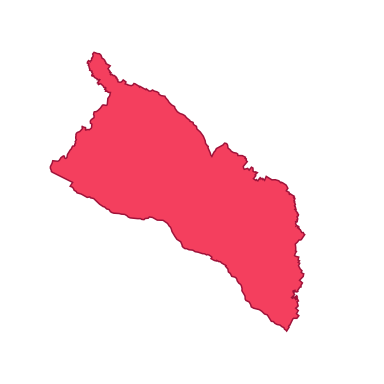 Don Chedi, Suphan Buri, Thailand, rotated 201°
{"feature_id": "78962969B69423303850724", "entity_name": "Don Chedi", "entity_type": "district", "adm_level": 2, "iso_a3": "THA", "parent_name": "Thailand", "parent_adm1": "Suphan Buri", "projection": "robinson", "projection_center": [99.955, 14.648], "detail": "fine", "context": "isolated", "style": "filled", "palette": "rose", "viewbox_px": 384, "rotation_deg": 201, "n_neighbors": 0, "source": "geoboundaries", "source_scale": "gbopen_adm2", "svg_char_len": 6015}
<svg xmlns="http://www.w3.org/2000/svg" viewBox="0 0 384 384"><g transform="rotate(201 192 192)"><path d="M240.4,145.7L233.0,147.7L230.6,148.7L229.2,148.4L226.9,149.0L226.2,150.5L223.5,151.8L222.9,153.4L219.8,154.1L214.4,153.3L208.9,155.2L203.6,153.9L200.7,151.8L199.7,151.6L198.2,150.2L196.5,147.9L191.9,144.3L189.1,142.4L184.7,141.5L181.9,138.6L181.9,138.1L180.4,137.1L178.2,136.6L176.6,137.2L174.2,137.0L170.4,138.0L167.7,137.4L164.7,138.0L160.0,138.2L158.2,138.8L155.8,138.5L155.0,139.2L153.4,139.3L150.3,138.5L150.1,138.0L150.4,136.6L146.6,136.1L144.3,136.4L144.3,137.0L142.0,136.6L140.5,137.1L138.8,136.3L133.8,135.5L134.0,134.6L130.9,133.0L129.4,130.4L127.0,129.7L124.7,127.5L121.5,127.9L120.1,127.6L119.0,126.8L118.0,125.3L115.7,123.7L113.7,123.2L112.5,122.4L110.7,119.9L110.0,117.7L105.7,114.3L104.9,113.3L104.0,111.1L102.8,110.1L99.2,109.8L97.0,108.0L95.5,106.0L92.8,105.6L87.0,106.3L84.2,105.7L80.6,104.1L77.7,104.3L71.6,99.7L69.5,100.2L67.5,99.1L65.1,98.8L62.1,99.3L59.8,98.5L57.6,98.3L56.5,97.1L54.8,96.7L53.8,96.1L52.9,100.5L53.7,101.1L53.4,102.4L53.0,102.4L52.4,109.4L51.9,110.5L48.8,111.7L47.9,114.8L50.9,115.8L50.3,119.4L53.6,120.7L52.2,123.0L52.6,123.3L52.2,123.9L54.6,127.2L53.6,128.4L55.5,130.2L56.5,128.8L57.4,129.5L56.0,131.7L57.1,132.7L58.8,129.9L59.5,130.5L60.1,128.8L61.2,129.1L59.5,133.0L61.2,134.3L62.2,135.7L61.5,136.5L61.2,136.1L60.6,136.9L60.1,135.8L59.8,136.4L58.8,136.1L57.9,136.6L57.6,137.2L57.9,137.3L58.0,138.2L57.3,141.7L56.2,142.4L56.8,144.0L56.3,146.7L60.0,148.1L57.9,153.0L58.4,155.7L59.6,155.6L61.3,156.2L61.1,157.9L63.4,158.9L66.2,161.4L65.9,164.1L67.6,164.4L67.0,166.3L68.6,166.5L69.0,169.5L72.3,169.1L73.5,169.4L73.6,171.7L73.2,174.0L74.3,174.1L74.4,175.1L75.3,177.4L76.9,180.4L75.6,183.1L74.9,185.6L73.5,186.1L72.9,186.7L71.5,192.6L72.5,192.9L73.6,194.0L75.1,193.5L77.4,195.6L78.6,195.7L78.8,196.3L79.8,196.4L79.5,197.1L79.7,197.5L80.6,196.8L80.7,197.4L80.4,198.0L82.0,198.2L82.6,197.6L82.6,198.4L83.6,199.2L84.1,200.0L84.0,201.1L84.5,201.5L83.9,202.0L83.3,201.8L83.2,202.1L83.3,202.8L84.0,203.6L83.5,204.0L83.9,205.3L85.1,206.5L85.1,207.0L84.5,207.4L84.3,208.0L84.5,209.1L85.3,209.6L85.9,209.5L86.1,210.5L87.9,211.3L88.5,212.2L88.4,212.7L89.3,213.0L89.4,212.5L89.8,212.6L89.2,213.8L90.2,215.1L90.8,215.2L90.7,215.8L91.4,216.1L91.1,217.6L91.9,218.1L92.4,219.1L93.1,219.3L92.8,220.0L93.8,220.8L93.5,221.4L93.6,222.7L94.6,222.8L94.5,223.7L95.3,223.7L95.2,224.6L95.6,224.9L96.2,224.8L99.6,225.5L99.9,224.8L100.5,224.9L101.2,226.5L104.3,226.8L104.5,227.2L103.8,229.8L106.6,232.2L110.8,233.1L112.1,233.1L112.3,232.5L115.0,233.6L118.7,233.3L121.7,232.0L128.3,233.2L128.4,228.9L130.6,229.9L130.6,229.0L133.3,229.8L133.2,228.5L133.9,228.8L134.5,226.0L136.3,226.6L136.5,225.7L139.4,226.4L138.3,230.0L139.2,230.6L137.9,233.5L139.7,233.6L139.7,233.1L142.3,233.1L143.7,236.2L145.4,236.5L146.5,232.9L148.5,234.0L151.3,231.9L152.5,232.9L153.3,234.3L151.3,240.2L152.7,240.8L153.2,242.4L154.5,242.4L154.6,243.6L158.1,244.0L162.3,242.5L162.9,243.8L164.4,244.2L167.5,243.7L170.0,244.1L171.1,244.9L174.2,246.0L175.5,248.4L176.4,249.3L177.7,249.6L179.1,249.3L180.0,246.9L184.8,241.3L185.1,238.5L185.6,237.7L185.9,235.8L186.2,232.3L187.9,233.4L188.7,234.7L192.4,238.5L193.0,239.2L193.2,240.4L194.6,240.7L195.4,241.5L196.7,242.1L198.0,244.5L201.4,248.1L205.8,251.0L210.0,252.6L211.4,254.9L213.9,255.3L215.3,256.1L215.7,257.1L216.2,257.4L219.2,257.3L219.6,258.0L223.8,259.4L226.0,260.7L228.4,261.1L231.9,261.0L233.2,261.5L234.2,261.5L237.9,264.0L238.9,265.5L242.2,266.0L245.4,267.4L247.3,268.9L250.3,270.5L251.6,271.7L255.5,270.9L257.9,271.4L258.6,272.6L260.7,273.0L263.3,272.7L265.4,273.1L266.8,271.3L268.3,270.9L271.7,271.9L271.8,271.0L278.5,272.0L278.7,271.2L279.6,271.8L283.8,272.6L285.1,272.5L285.6,270.6L286.8,269.5L290.1,268.9L290.4,269.2L293.1,269.0L293.1,271.1L296.4,272.0L297.0,270.1L297.7,269.1L298.8,268.5L300.7,268.4L301.4,270.1L302.0,270.0L302.6,271.0L303.5,271.8L303.9,271.4L304.6,272.4L306.6,272.9L307.2,272.4L308.9,273.1L309.8,272.3L310.4,272.6L310.4,274.3L311.6,274.1L311.9,274.4L311.6,275.1L314.6,277.0L313.6,280.5L318.5,281.1L318.8,282.1L320.3,283.0L320.5,283.6L322.3,284.5L323.9,284.7L326.0,287.1L327.9,287.9L330.1,287.3L333.5,287.3L334.2,285.2L333.4,284.3L333.1,283.3L333.2,281.4L333.5,281.4L333.6,280.8L333.0,278.7L334.3,277.6L334.1,277.3L335.7,277.6L336.1,276.0L335.9,275.9L336.0,274.9L334.2,274.6L334.3,273.2L333.4,272.7L332.1,270.7L331.4,270.2L331.2,269.0L328.7,268.9L328.4,267.7L327.1,267.0L327.4,265.5L328.0,265.5L327.4,265.2L327.2,264.6L326.6,264.5L326.3,265.2L325.6,264.9L325.5,265.2L324.1,264.0L320.9,263.6L320.8,262.9L318.8,263.2L318.8,263.8L318.3,263.8L319.4,260.0L318.1,259.9L318.1,259.0L317.8,258.8L316.1,260.4L312.8,259.1L312.0,258.2L311.0,258.0L310.5,258.5L309.7,258.2L310.2,256.5L308.8,256.3L308.8,255.1L306.9,255.7L306.3,255.1L305.3,255.1L303.8,255.7L303.3,252.3L304.1,249.2L302.5,243.5L302.6,242.7L303.1,242.1L305.8,241.6L306.7,241.0L307.6,237.4L308.9,234.6L310.1,232.8L311.7,232.0L312.1,231.5L311.6,228.9L310.8,228.3L310.1,226.3L311.5,224.3L312.3,222.5L312.3,221.6L311.4,219.8L310.2,219.7L309.8,219.4L308.9,216.3L309.0,215.3L310.2,213.3L311.5,213.1L313.4,211.7L313.8,211.9L314.0,213.2L314.5,214.0L316.3,213.7L318.0,213.9L318.0,213.4L317.2,212.2L317.2,211.3L318.5,208.2L320.2,206.7L320.9,205.6L321.0,204.2L320.6,203.4L320.2,201.5L319.5,199.9L318.7,199.4L319.1,197.1L318.2,196.0L318.6,194.6L318.1,193.4L318.3,192.9L319.9,192.0L320.0,191.6L320.1,189.1L320.8,187.4L321.7,182.4L321.1,179.3L321.9,178.1L322.6,178.0L323.3,178.3L324.0,179.7L325.0,179.6L326.6,177.2L327.2,174.1L327.8,173.1L328.6,172.5L333.2,171.3L332.9,168.9L333.3,165.0L332.8,163.5L331.1,161.7L330.6,160.7L329.5,160.4L306.9,158.2L307.8,153.7L305.3,153.6L303.7,152.6L302.7,151.4L300.3,151.0L299.0,150.0L294.7,150.4L287.9,149.4L285.6,150.8L284.7,150.2L281.5,150.7L273.9,147.5L269.6,146.5L268.4,146.8L265.6,145.6L263.1,145.9L261.1,144.4L259.4,144.1L257.4,144.2L252.3,145.8L250.1,146.0L246.7,147.0L244.0,146.5L242.6,145.8L240.4,145.7Z" fill="#f43f5e" stroke="#9f1239" stroke-width="1.5"/></g></svg>